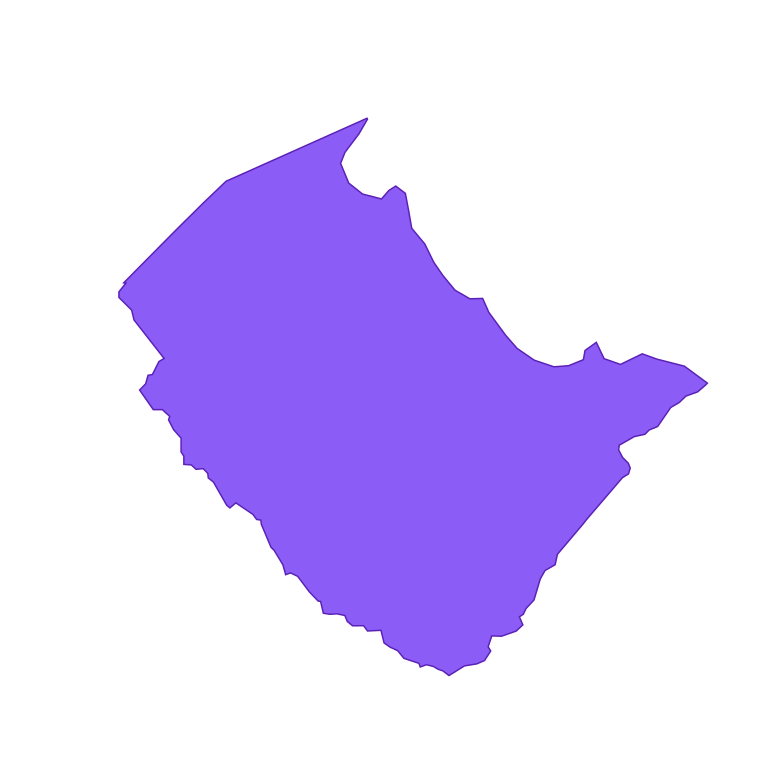 the district of Lajas, Puerto Rico, rotated 221°
{"feature_id": "32010507B28103012902602", "entity_name": "Lajas", "entity_type": "district", "adm_level": 2, "iso_a3": "PRI", "parent_name": "Puerto Rico", "parent_adm1": "", "projection": "albers", "projection_center": [-67.049, 18.006], "detail": "fine", "context": "isolated", "style": "filled", "palette": "violet", "viewbox_px": 768, "rotation_deg": 221, "n_neighbors": 0, "source": "geoboundaries", "source_scale": "gbopen_adm2", "svg_char_len": 2151}
<svg xmlns="http://www.w3.org/2000/svg" viewBox="0 0 768 768"><g transform="rotate(221 384 384)"><path d="M140.5,596.8L169.1,594.5L194.6,581.7L208.9,576.2L218.4,553.9L228.8,549.8L234.4,547.5L242.6,551.0L244.8,552.0L251.1,554.7L254.3,541.2L252.2,537.7L249.5,533.2L249.6,532.9L256.7,518.9L267.0,508.5L282.9,501.9L286.1,500.6L289.0,500.2L306.8,498.2L322.9,500.4L324.3,500.6L352.2,506.9L353.7,507.7L365.7,513.3L369.7,509.6L375.2,504.6L391.9,501.4L393.9,501.7L404.1,503.4L411.0,504.6L413.1,505.1L426.2,508.5L431.7,510.8L445.0,516.4L445.3,516.5L452.3,517.6L462.0,519.2L465.2,519.7L475.7,528.2L477.7,529.9L477.9,530.0L488.5,538.4L493.0,541.9L505.0,541.1L506.0,537.7L507.3,533.2L507.3,522.0L524.8,513.3L542.4,512.5L560.0,521.3L561.5,522.0L565.4,533.2L565.8,538.0L566.6,550.5L567.0,556.3L570.2,573.0L571.2,573.4L634.4,437.3L636.2,433.6L639.2,401.2L640.9,378.0L641.0,377.6L642.4,357.8L646.8,289.6L645.0,290.8L644.5,279.6L640.8,275.4L622.9,274.2L614.6,268.3L566.7,259.0L568.6,253.3L565.0,239.2L567.8,235.8L564.0,227.7L564.5,219.1L541.3,213.3L534.4,219.3L530.2,219.1L524.5,219.0L523.1,215.6L512.8,211.5L501.6,210.0L492.6,199.6L487.7,198.2L482.3,192.0L476.4,196.5L469.9,196.3L464.9,201.5L458.3,200.9L455.0,197.8L448.4,198.1L423.2,189.3L419.0,189.4L417.8,197.1L397.3,199.6L391.3,198.2L387.6,200.5L384.5,197.6L376.9,193.9L362.1,186.6L357.8,186.4L341.7,181.2L333.1,175.6L330.6,180.1L323.0,182.2L303.7,178.1L291.3,177.0L289.2,178.3L279.4,171.2L273.9,174.6L268.7,179.7L261.7,183.6L255.9,180.7L249.1,180.9L240.8,188.2L234.4,186.8L224.7,196.1L214.0,188.6L206.7,189.4L198.8,191.7L189.0,190.0L174.4,196.1L171.0,194.2L167.8,200.0L161.2,203.3L156.1,204.2L151.4,206.1L143.7,206.6L138.3,224.1L130.3,233.7L126.7,241.3L128.3,252.5L133.0,254.0L137.4,264.6L129.8,270.8L122.1,284.4L121.2,293.3L129.1,297.1L127.8,301.6L129.5,307.7L129.1,319.4L138.2,339.5L140.1,348.9L136.3,359.9L141.4,369.3L141.9,408.5L142.2,414.7L142.6,469.7L140.5,476.6L143.0,482.1L147.7,484.5L155.7,485.1L163.7,488.2L166.3,492.2L160.6,508.5L154.1,517.2L153.7,523.3L149.6,531.4L152.2,554.5L149.0,563.8L148.2,573.0L142.1,583.9L140.6,594.5L140.5,596.8Z" fill="#8b5cf6" stroke="#5b21b6" stroke-width="1.5"/></g></svg>